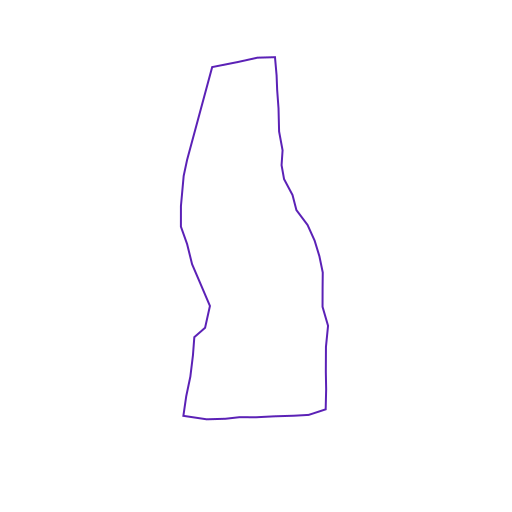 Nilópolis, Rio de Janeiro, Brazil, rotated 126°
{"feature_id": "56859067B33990296022375", "entity_name": "Nilópolis", "entity_type": "district", "adm_level": 2, "iso_a3": "BRA", "parent_name": "Brazil", "parent_adm1": "Rio de Janeiro", "projection": "robinson", "projection_center": [-43.429, -22.82], "detail": "fine", "context": "isolated", "style": "outline", "palette": "violet", "viewbox_px": 512, "rotation_deg": 126, "n_neighbors": 0, "source": "geoboundaries", "source_scale": "gbopen_adm2", "svg_char_len": 714}
<svg xmlns="http://www.w3.org/2000/svg" viewBox="0 0 512 512"><g transform="rotate(126 256 256)"><path d="M84.0,357.5L94.7,371.4L109.4,384.4L128.9,402.5L218.6,368.3L233.7,361.6L259.7,346.1L276.4,334.0L286.8,318.8L300.2,302.9L311.7,283.6L323.5,263.9L344.0,255.0L357.9,258.2L373.3,248.7L392.2,238.2L410.5,230.0L428.0,220.8L417.1,199.9L405.6,185.0L396.0,174.5L386.7,161.5L374.9,146.9L362.9,131.4L353.6,120.0L339.1,109.5L322.6,120.9L308.7,131.4L288.4,146.0L270.1,156.7L258.0,172.3L242.2,183.7L230.1,192.3L218.9,204.6L209.1,217.6L200.6,232.5L195.1,250.3L185.2,262.3L177.3,278.5L167.5,288.7L154.9,296.6L141.7,310.5L123.4,324.5L109.2,336.5L97.9,345.4L84.0,357.5Z" fill="none" stroke="#5b21b6" stroke-width="2"/></g></svg>